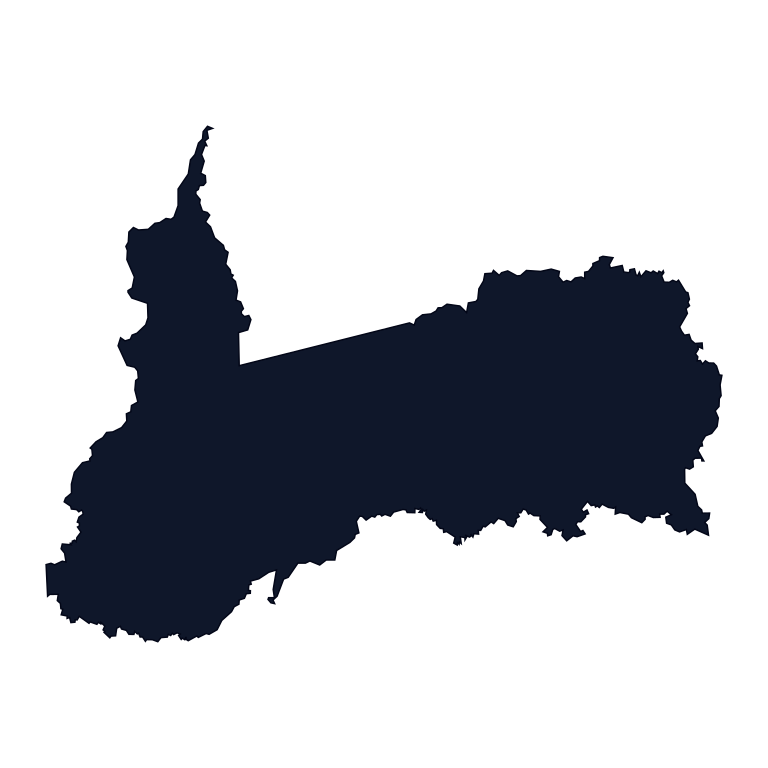 outline of Vegachí, Antioquia, Colombia
{"feature_id": "7082276B51792749942649", "entity_name": "Vegachí", "entity_type": "district", "adm_level": 2, "iso_a3": "COL", "parent_name": "Colombia", "parent_adm1": "Antioquia", "projection": "albers", "projection_center": [-74.763, 6.859], "detail": "fine", "context": "isolated", "style": "filled", "palette": "ink", "viewbox_px": 768, "rotation_deg": 0, "n_neighbors": 0, "source": "geoboundaries", "source_scale": "gbopen_adm2", "svg_char_len": 6072}
<svg xmlns="http://www.w3.org/2000/svg" viewBox="0 0 768 768"><path d="M708.5,535.2L707.2,525.1L704.7,522.5L708.8,518.6L709.6,513.1L702.3,513.2L701.6,509.9L697.8,506.3L695.1,494.3L684.8,483.1L684.6,469.3L685.5,467.7L689.6,469.1L693.3,466.8L692.8,460.2L695.1,458.2L701.5,458.1L701.9,460.9L703.8,460.9L697.9,450.5L699.9,446.3L702.5,445.9L701.8,441.9L705.4,435.9L711.7,433.3L717.1,426.4L718.3,418.0L715.2,410.8L719.0,406.4L719.3,398.6L721.1,395.7L720.1,384.9L721.9,375.3L719.3,374.9L716.5,366.1L713.7,363.1L708.8,363.0L705.4,360.8L702.5,364.1L700.3,360.5L697.2,360.9L697.8,356.8L695.4,353.8L698.3,349.3L697.9,346.5L702.5,348.6L702.1,343.0L694.9,343.5L691.1,340.1L689.1,334.4L684.4,335.2L681.5,331.1L679.6,326.9L687.4,313.4L686.0,308.6L689.5,305.7L687.9,302.3L689.4,299.2L687.9,292.7L685.7,292.0L678.5,280.2L676.5,281.9L672.7,280.3L669.3,282.3L664.1,282.1L661.6,275.8L663.8,272.7L663.2,270.8L661.8,272.7L659.0,271.2L657.6,273.6L653.2,271.0L651.1,272.8L646.0,270.8L640.9,276.8L639.3,272.3L637.7,275.8L636.0,274.8L634.4,268.8L629.9,269.7L629.7,272.2L628.2,272.6L623.8,272.0L622.2,265.5L610.4,268.0L609.3,264.6L613.0,257.7L602.9,256.3L599.6,257.6L599.5,260.7L592.9,263.5L592.9,266.0L588.5,271.4L584.7,272.2L584.7,278.6L581.2,277.0L575.2,278.0L571.0,281.9L566.7,280.5L563.1,282.2L558.5,276.7L559.4,271.4L551.2,269.1L540.6,271.4L526.4,270.5L520.6,275.6L517.0,275.9L507.7,270.9L501.6,272.7L499.2,275.4L493.5,270.4L492.1,273.2L484.9,273.7L483.5,281.0L478.9,288.8L477.8,299.3L475.9,301.5L468.4,302.9L466.6,312.6L459.8,306.0L447.0,304.2L441.9,307.7L438.1,307.8L436.1,311.0L431.0,313.9L422.5,314.8L416.1,319.5L414.2,325.1L409.5,322.9L239.2,365.7L238.5,332.6L247.7,329.9L250.9,319.6L248.8,315.5L244.4,316.6L241.5,313.9L241.2,311.4L243.4,308.7L240.6,301.9L236.0,300.1L237.5,290.8L235.4,281.4L231.6,277.9L233.2,275.2L230.9,274.0L230.2,269.8L225.7,264.2L228.1,252.3L224.6,249.8L223.4,245.4L214.6,237.8L210.5,226.8L205.5,222.0L209.7,215.1L207.3,212.5L202.4,211.1L199.6,203.1L200.2,199.6L195.8,194.2L195.9,191.0L198.3,189.5L199.4,185.6L203.5,185.3L205.8,182.5L205.3,175.6L200.7,173.2L204.2,161.1L201.5,154.5L204.9,145.5L206.8,145.7L204.7,141.1L208.3,138.2L206.9,130.3L212.5,128.4L207.5,126.3L203.2,131.6L202.5,139.1L198.5,143.1L195.0,154.5L190.5,159.8L188.3,174.0L178.1,189.0L178.1,205.6L174.0,217.1L171.1,219.3L166.0,218.5L159.8,222.6L154.9,223.3L148.3,229.3L138.5,230.0L133.4,227.5L128.9,232.0L128.3,242.2L125.9,246.4L127.4,250.5L126.9,259.6L134.4,277.0L132.2,288.0L128.0,290.6L128.0,292.2L131.8,298.0L147.5,303.3L148.0,317.8L145.7,324.9L137.0,333.2L132.1,335.1L130.3,339.3L125.0,340.9L120.6,337.8L118.1,345.8L127.1,365.4L134.7,367.2L137.7,370.9L138.4,378.5L135.7,380.5L134.9,390.0L137.9,402.0L131.5,405.5L130.8,411.8L126.4,413.8L126.8,421.0L121.6,427.6L112.9,431.9L106.6,432.5L102.8,437.7L96.1,441.7L90.2,448.0L91.9,449.3L92.5,455.6L89.7,458.8L90.1,460.9L82.5,462.7L74.4,472.3L71.4,484.1L71.5,493.2L65.6,498.1L64.2,501.8L70.6,506.1L71.4,509.0L76.6,509.6L78.8,511.8L81.6,510.0L82.8,511.7L83.1,514.2L79.0,517.1L77.3,522.1L79.4,523.1L79.4,525.9L77.5,527.0L81.0,532.1L76.9,537.6L76.1,541.8L74.5,540.2L72.3,541.2L72.4,542.9L70.3,543.3L71.2,544.8L62.3,544.0L61.1,548.8L64.6,553.1L66.0,562.0L62.3,561.2L54.6,564.8L51.0,563.3L46.1,564.6L47.6,596.2L49.8,594.4L58.3,594.3L57.3,600.6L60.4,603.4L60.9,608.7L62.8,609.2L61.2,614.8L67.2,616.0L67.1,618.4L69.6,617.5L70.9,622.6L74.9,622.2L75.2,619.8L77.2,619.9L79.2,616.3L89.0,623.3L90.1,621.9L96.9,624.3L98.4,622.3L100.8,623.9L101.0,622.4L104.8,626.1L103.1,629.9L105.0,631.2L104.0,632.3L109.8,637.8L111.0,636.1L115.6,635.8L116.7,628.2L120.4,626.3L121.5,629.0L126.4,630.4L128.9,634.3L133.9,634.4L134.7,631.3L137.3,633.9L138.6,633.2L140.1,637.0L142.6,637.0L145.4,641.3L146.6,639.6L152.4,639.7L157.8,641.7L161.0,637.6L167.3,637.1L168.3,634.4L170.7,635.5L172.3,633.3L173.7,634.6L177.1,632.8L180.2,634.1L178.6,635.5L181.2,639.4L182.3,638.2L184.8,639.7L186.0,636.8L185.9,639.2L188.2,640.7L196.8,636.0L198.3,637.4L206.1,633.5L209.1,634.3L217.1,629.7L221.8,620.4L231.5,611.7L234.2,606.7L238.9,604.2L239.2,600.0L244.4,598.3L246.3,593.7L250.3,593.3L250.4,590.7L248.4,590.3L248.8,584.9L251.2,584.2L250.4,581.1L258.8,578.8L268.7,572.3L276.5,569.9L273.2,589.5L274.4,597.7L268.6,597.7L268.0,599.4L270.9,602.8L274.6,603.6L273.0,600.0L277.1,596.2L283.6,579.1L288.2,577.3L297.9,563.1L305.5,563.1L309.9,561.0L319.7,565.0L326.2,560.0L334.8,560.0L336.6,550.5L349.9,542.4L354.5,537.9L355.2,534.4L358.9,532.9L356.3,521.3L359.7,516.1L362.3,516.4L366.1,520.1L371.7,516.1L374.8,517.1L376.8,514.6L380.3,514.3L381.7,516.0L385.0,514.3L390.4,516.2L393.6,512.1L402.9,509.5L405.9,509.8L407.2,512.5L414.8,512.7L414.9,508.5L419.0,509.4L420.6,508.0L421.3,509.4L419.1,512.3L422.4,512.5L422.9,509.6L424.3,511.1L426.4,510.1L425.7,514.2L428.2,517.6L430.2,519.4L432.1,518.6L433.2,521.1L436.4,520.3L436.6,524.6L440.2,528.4L443.3,528.7L443.7,532.3L446.7,531.6L455.2,537.1L453.7,543.1L457.2,545.0L457.4,542.6L459.1,544.3L459.4,541.9L461.2,543.5L460.3,536.7L464.9,537.6L465.0,539.8L466.9,536.6L465.1,535.0L469.5,537.1L471.4,535.8L470.6,533.8L472.9,537.0L473.9,533.7L478.6,534.1L478.2,530.4L480.7,530.4L483.1,526.2L485.2,526.9L491.1,521.9L493.7,523.6L498.2,518.3L505.0,520.6L507.7,525.0L513.2,526.8L516.3,521.6L515.9,518.6L519.2,516.5L517.4,512.8L520.8,512.8L523.2,509.0L526.2,510.1L528.5,514.1L530.2,513.1L533.8,515.6L540.2,515.9L540.0,519.4L547.5,527.4L543.0,531.8L547.4,533.3L547.7,535.8L551.1,534.7L552.8,529.4L554.8,528.5L559.7,531.2L563.1,529.9L562.0,535.6L566.7,540.8L573.0,535.8L577.1,536.7L585.1,533.9L582.9,530.5L580.6,531.5L575.8,524.5L577.5,521.7L580.8,521.8L585.5,516.9L585.5,514.7L588.6,513.7L587.0,510.0L583.3,512.2L581.3,509.2L587.5,501.4L591.2,505.6L594.8,504.9L595.5,507.0L597.4,505.9L599.3,507.5L602.1,504.1L608.4,507.4L613.7,508.3L615.6,507.0L615.2,514.1L619.9,512.5L628.5,514.2L631.4,517.7L641.8,522.7L645.1,519.3L645.0,516.8L648.1,515.5L653.3,517.5L660.1,517.3L659.6,514.1L664.0,514.1L667.1,511.2L671.4,514.7L665.8,517.2L666.6,523.2L671.3,524.9L674.8,529.9L679.6,531.9L686.4,529.5L687.3,534.3L694.8,529.1L708.5,535.2Z" fill="#0f172a" stroke="#020617" stroke-width="1.5"/></svg>